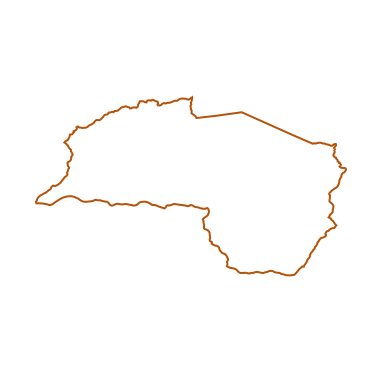 Francisco Sá, Minas Gerais, Brazil (Equal Earth projection), rotated 81°
{"feature_id": "56859067B59218349000893", "entity_name": "Francisco Sá", "entity_type": "district", "adm_level": 2, "iso_a3": "BRA", "parent_name": "Brazil", "parent_adm1": "Minas Gerais", "projection": "equal_earth", "projection_center": [-43.461, -16.444], "detail": "fine", "context": "isolated", "style": "outline", "palette": "amber", "viewbox_px": 384, "rotation_deg": 81, "n_neighbors": 0, "source": "geoboundaries", "source_scale": "gbopen_adm2", "svg_char_len": 5990}
<svg xmlns="http://www.w3.org/2000/svg" viewBox="0 0 384 384"><g transform="rotate(81 192 192)"><path d="M98.5,177.1L100.2,180.7L99.9,182.1L99.0,183.3L98.7,184.7L98.3,186.1L98.1,188.2L98.3,189.8L98.9,191.1L99.6,192.3L99.2,194.0L99.4,196.1L99.9,197.7L100.4,200.7L100.0,202.1L100.4,203.4L100.4,204.6L99.8,205.8L100.1,207.5L101.1,208.6L101.5,210.2L101.1,212.1L100.0,212.4L99.2,211.7L98.3,211.7L97.3,212.0L96.9,213.1L96.2,214.3L95.5,215.2L94.7,216.6L95.4,218.2L94.7,220.2L94.7,221.7L95.5,222.5L96.4,223.0L95.9,224.5L94.9,225.7L94.6,227.2L94.2,229.4L95.9,230.3L97.0,231.5L98.4,231.9L99.6,232.6L100.1,233.8L99.5,235.0L99.3,236.3L99.4,237.9L99.9,238.9L99.7,240.2L98.8,240.5L97.8,242.6L96.9,244.1L97.2,245.9L97.4,248.2L99.9,252.4L100.2,254.0L99.9,255.9L100.9,257.0L100.4,258.0L100.5,259.4L100.7,260.7L100.5,261.8L101.3,262.5L102.1,263.2L102.1,264.7L102.3,266.4L104.6,268.8L105.3,269.8L106.1,271.0L106.6,272.5L105.9,275.1L106.6,276.3L107.6,277.5L108.5,278.4L109.3,280.0L109.6,281.1L109.9,282.5L110.5,283.9L111.5,285.1L111.9,286.9L111.7,288.7L111.6,290.4L110.9,292.1L110.5,293.6L109.4,294.5L110.0,296.0L111.5,295.8L112.4,296.5L113.0,297.9L113.5,299.5L114.5,299.2L115.2,300.3L116.2,301.2L116.3,302.4L116.2,303.6L117.6,304.1L118.8,304.7L120.1,305.7L121.3,306.6L121.7,308.2L122.3,309.4L123.2,310.3L124.1,309.1L125.3,308.4L126.5,307.4L129.3,306.5L130.3,305.9L131.2,305.0L132.7,305.2L135.6,304.1L137.1,304.3L138.1,305.7L140.2,306.1L141.5,306.8L142.5,308.0L143.0,309.5L143.8,310.5L145.2,310.4L146.6,310.6L148.9,309.5L149.9,310.4L151.0,311.0L152.1,311.6L153.6,312.4L155.2,312.3L156.4,313.2L157.0,314.6L157.7,315.7L158.8,316.7L160.9,319.2L162.0,320.0L162.8,321.3L163.5,322.6L164.3,324.5L164.7,326.2L164.0,328.2L164.7,329.6L165.4,330.3L166.8,331.0L167.4,331.9L168.0,333.5L168.9,334.9L169.9,336.6L170.2,338.3L170.9,339.8L171.6,342.0L172.5,343.7L173.7,345.2L175.1,346.2L176.3,346.7L177.2,347.6L178.8,347.5L179.2,345.2L179.5,343.5L179.8,342.0L180.3,340.5L180.7,339.1L181.7,336.6L182.3,335.6L182.7,333.7L182.4,332.2L181.8,331.0L181.3,329.8L180.6,328.5L179.5,326.0L178.8,324.4L177.9,322.1L177.4,320.2L177.1,318.3L176.9,317.1L176.9,315.6L177.0,314.1L177.3,311.9L178.0,310.1L178.5,308.7L179.5,307.7L180.3,306.1L181.2,305.0L182.9,303.3L184.0,301.8L184.7,300.2L185.1,298.3L185.4,293.1L185.3,291.5L185.0,290.2L184.6,288.4L185.3,286.9L185.9,283.7L186.8,282.2L187.5,280.4L188.3,277.7L188.9,276.7L189.8,276.1L191.0,275.5L192.2,274.7L192.9,273.6L192.9,272.1L192.4,270.4L191.9,268.7L192.0,267.4L192.5,265.7L193.1,264.1L193.4,262.6L193.4,259.6L193.8,258.1L194.4,256.9L195.3,254.1L196.1,252.4L196.4,250.6L196.2,248.9L195.5,247.5L194.4,245.9L193.9,244.4L193.9,242.7L194.0,241.0L194.2,239.9L194.7,238.6L195.2,237.4L196.8,235.1L197.8,234.3L198.5,233.5L198.8,231.7L199.4,230.0L200.2,228.6L201.4,226.7L201.9,225.6L203.5,222.7L203.9,221.6L203.2,220.5L201.9,219.6L201.3,218.2L201.7,216.9L201.7,215.5L201.4,214.0L201.1,212.3L201.2,210.8L202.2,207.8L202.7,206.1L203.1,204.7L204.0,201.7L204.5,200.3L205.3,198.8L205.4,197.3L204.7,195.7L205.1,194.1L205.8,193.0L206.9,191.8L207.5,190.6L208.0,189.1L208.5,187.4L209.3,186.4L210.3,183.6L210.6,181.7L210.2,179.6L211.2,178.6L212.4,178.4L213.9,178.3L214.9,178.6L215.9,179.1L217.0,179.8L217.8,180.6L218.4,181.7L219.2,183.4L220.0,184.9L220.9,185.6L221.8,185.3L223.0,185.2L224.2,185.4L226.9,185.2L228.1,185.5L229.4,185.9L230.6,185.3L231.5,183.5L232.3,182.5L233.0,181.8L233.9,181.4L235.0,181.0L237.2,181.2L238.5,181.1L240.2,181.2L241.8,182.0L243.0,182.0L244.8,180.1L246.1,180.7L247.4,179.3L248.4,177.7L249.1,175.8L250.0,174.7L251.0,174.1L253.9,173.6L254.8,173.1L255.6,172.5L256.5,172.2L257.6,170.8L258.2,169.3L259.3,168.7L260.1,168.0L261.3,167.6L262.6,167.3L263.5,166.9L264.7,167.0L266.7,168.4L267.9,168.2L269.3,168.4L270.8,169.1L272.0,167.7L272.8,166.2L273.3,164.7L274.0,162.8L275.0,161.0L276.1,159.9L277.0,159.4L278.1,158.7L279.2,157.5L279.7,156.3L279.8,154.4L280.1,153.2L280.1,151.8L280.5,150.5L281.2,149.2L281.5,147.9L281.2,146.7L281.2,145.4L281.5,144.1L281.1,142.5L281.1,140.5L281.9,137.9L282.6,136.3L283.2,134.5L282.8,132.4L282.7,130.3L282.3,128.7L282.1,127.2L282.3,125.9L282.8,124.6L284.2,122.8L284.7,121.5L285.2,119.9L285.6,118.1L286.5,117.1L287.1,116.2L287.9,113.9L288.5,112.8L289.2,111.0L289.5,108.9L289.8,107.0L289.8,105.4L289.7,103.7L288.9,102.7L288.2,101.7L287.2,100.5L286.4,99.6L285.4,98.7L284.5,97.4L282.8,94.7L283.3,93.3L282.3,92.8L280.2,90.7L278.2,89.1L276.9,88.5L276.1,87.6L275.3,86.4L274.3,85.7L273.0,85.4L272.1,84.9L271.1,84.2L270.2,83.3L269.5,82.3L268.1,81.1L267.2,79.8L266.3,79.4L265.4,79.0L264.7,77.8L262.8,76.3L261.6,76.2L260.6,74.7L259.5,74.0L258.6,73.0L257.8,72.0L257.5,70.5L257.3,68.8L256.6,67.3L255.6,66.3L254.2,66.8L253.0,66.0L251.9,65.0L251.8,63.4L250.8,62.2L250.0,60.5L249.8,58.9L249.9,57.1L248.9,56.1L248.2,55.5L247.5,54.6L245.5,56.1L243.0,57.0L242.0,58.0L241.0,58.8L239.6,59.2L238.5,61.0L237.3,60.0L236.0,59.2L234.9,57.4L233.7,56.1L231.9,55.9L230.5,55.3L229.6,54.9L228.5,54.6L227.3,54.6L226.2,55.1L224.7,56.1L223.8,57.1L222.7,57.7L221.4,57.5L220.0,56.8L218.2,56.6L217.0,56.1L215.9,56.9L214.7,56.5L212.6,53.8L211.4,51.6L209.9,48.3L209.2,47.4L208.2,46.7L207.4,45.9L206.0,45.4L204.8,44.8L203.6,44.7L202.5,43.9L201.0,42.8L200.3,42.1L199.1,41.9L197.7,41.0L196.8,39.9L196.6,38.7L195.4,37.4L194.2,36.4L192.7,36.6L192.0,37.9L191.8,39.5L191.2,41.2L190.0,42.2L189.3,41.3L188.3,40.7L186.6,41.3L186.2,42.3L185.3,42.3L184.7,43.3L183.5,43.2L182.6,43.7L181.8,44.3L180.8,44.4L179.7,45.8L178.1,46.6L176.5,46.1L175.3,44.9L174.1,44.8L173.1,44.9L172.0,44.2L170.8,44.8L169.5,43.7L168.5,42.4L167.1,42.5L167.0,44.1L168.2,46.1L168.1,47.7L166.8,49.2L166.3,50.8L165.6,52.4L164.7,53.9L164.6,55.3L163.7,56.4L163.2,58.6L163.2,60.4L163.4,61.6L163.4,63.0L162.9,64.0L163.2,65.2L151.4,83.8L133.2,111.7L121.0,130.4L120.5,156.5L119.6,176.1L118.3,176.4L117.4,177.0L116.4,177.9L115.2,179.2L114.1,180.2L112.6,179.9L111.5,179.6L110.3,180.2L109.4,179.9L108.2,180.1L106.7,180.0L105.3,178.9L103.7,179.2L102.1,178.1L100.7,177.7L99.7,177.2L98.5,177.1Z" fill="none" stroke="#b45309" stroke-width="2"/></g></svg>